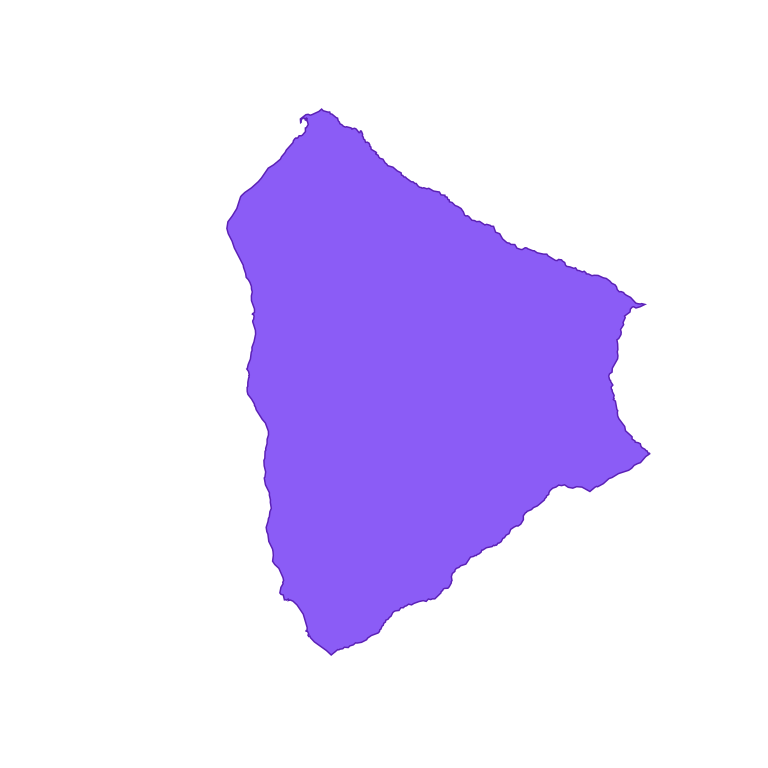 the district of Nossa Senhora Da Conceicao, São Filipe, Cabo Verde, rotated 43°
{"feature_id": "66160863B39753348448887", "entity_name": "Nossa Senhora Da Conceicao", "entity_type": "district", "adm_level": 2, "iso_a3": "CPV", "parent_name": "Cabo Verde", "parent_adm1": "São Filipe", "projection": "albers", "projection_center": [-24.43, 14.881], "detail": "fine", "context": "isolated", "style": "filled", "palette": "violet", "viewbox_px": 768, "rotation_deg": 43, "n_neighbors": 0, "source": "geoboundaries", "source_scale": "gbopen_adm2", "svg_char_len": 6158}
<svg xmlns="http://www.w3.org/2000/svg" viewBox="0 0 768 768"><g transform="rotate(43 384 384)"><path d="M530.2,618.2L531.3,609.8L532.3,609.2L532.6,608.0L534.4,605.7L534.5,603.6L537.6,601.1L537.6,598.9L539.5,595.6L539.7,592.7L540.9,591.9L543.7,588.3L545.7,582.9L545.3,581.1L546.3,576.5L549.5,570.1L549.5,568.2L548.5,566.4L548.9,565.5L547.7,562.4L548.0,561.0L547.0,559.2L547.4,557.1L546.4,555.6L547.4,553.2L547.1,551.1L547.5,549.0L546.3,545.2L546.5,543.5L547.1,542.1L549.4,539.4L548.9,536.2L550.8,534.3L550.7,532.6L551.7,530.9L552.1,528.3L554.8,526.7L555.5,524.1L558.0,519.2L560.4,515.7L563.1,514.2L563.1,511.0L565.2,509.8L565.9,508.1L567.7,506.5L568.1,497.9L567.4,496.9L567.7,495.1L567.2,493.4L567.7,492.2L570.0,489.8L570.0,488.0L568.9,483.6L568.0,482.7L567.8,481.4L564.7,479.0L563.2,476.0L563.6,472.7L562.8,471.6L562.6,469.6L563.9,467.0L564.0,464.7L566.7,459.9L565.3,451.6L567.2,448.9L567.4,447.5L568.5,446.5L568.4,445.2L569.3,443.5L569.7,440.8L568.8,439.0L569.5,438.0L570.6,433.8L574.0,429.1L574.1,427.3L575.2,426.7L575.5,425.6L576.2,425.1L575.9,422.7L576.7,421.7L577.2,419.4L576.2,415.9L576.9,414.3L576.4,411.2L577.5,408.2L575.8,403.9L576.7,399.9L577.7,397.3L578.9,396.5L579.6,393.2L578.5,388.2L575.8,385.4L575.3,381.7L575.7,380.7L575.5,379.6L577.5,375.3L577.6,372.4L579.3,368.6L580.4,359.4L579.8,358.3L579.9,356.1L579.2,355.0L579.8,352.5L578.7,351.0L578.1,348.7L578.4,345.2L580.1,342.0L580.7,338.8L583.2,337.2L584.8,334.6L589.2,333.9L593.1,331.4L594.9,327.7L599.1,324.4L607.9,322.2L608.7,315.5L609.3,313.9L610.3,313.5L612.4,307.2L613.0,299.8L614.6,296.8L616.6,289.6L621.8,280.2L622.6,276.6L622.4,272.9L623.7,269.4L625.2,266.6L624.9,258.6L625.9,253.8L625.4,253.6L624.0,254.4L622.1,253.5L621.2,254.0L619.2,253.8L616.2,254.6L614.4,254.3L612.2,252.9L609.9,253.6L607.4,255.2L606.4,254.5L603.0,255.1L601.4,253.4L592.5,253.5L589.0,250.9L579.5,249.2L576.7,248.0L574.1,245.7L573.0,244.0L571.8,243.9L564.9,238.7L562.4,239.0L562.3,237.8L561.4,237.6L560.1,235.4L556.1,233.8L554.8,232.7L553.9,232.7L552.2,231.3L552.1,228.7L548.3,227.7L547.2,226.9L546.2,227.1L542.9,224.9L542.0,222.7L542.7,219.8L540.2,216.7L537.7,206.3L535.9,203.9L532.6,201.3L531.6,199.4L527.5,195.3L524.2,192.8L524.7,190.7L523.6,186.2L522.1,184.3L519.8,182.8L518.8,177.2L516.9,176.0L515.2,171.0L513.6,170.3L514.8,163.6L513.1,161.1L513.1,158.4L513.9,157.2L516.4,156.6L518.6,152.9L520.5,147.9L517.6,149.5L516.9,150.7L514.8,152.2L512.9,153.1L505.3,152.5L500.7,153.8L498.3,154.1L496.9,153.7L494.4,154.7L493.1,156.1L490.2,155.9L487.8,154.4L485.4,153.9L481.8,155.0L479.0,154.7L474.6,155.2L471.9,156.8L466.5,158.6L463.5,161.2L462.2,163.0L458.7,164.0L456.8,165.5L455.8,164.9L453.5,165.0L452.6,166.8L449.4,167.9L447.9,169.1L444.9,168.4L443.9,170.0L440.4,171.4L437.3,173.4L435.7,173.3L433.3,171.9L430.5,172.4L429.2,172.1L426.7,173.9L426.5,175.6L425.1,176.7L416.7,178.4L414.5,178.0L412.3,180.1L406.5,183.6L403.0,184.1L402.0,185.0L396.8,187.1L395.7,187.1L394.3,188.1L393.4,191.4L392.3,192.3L388.6,194.0L384.6,192.8L381.4,195.5L379.8,195.4L377.6,196.8L371.7,197.0L366.1,195.2L362.1,196.9L356.6,194.0L354.8,195.5L353.6,195.5L350.2,197.2L349.3,198.9L343.0,199.9L340.9,202.2L338.8,202.7L336.6,204.3L331.6,203.7L330.2,204.1L329.3,205.3L327.8,205.6L324.7,204.0L320.7,203.1L316.8,203.9L314.3,205.0L310.1,204.8L307.6,206.1L306.1,204.9L304.8,205.5L302.7,204.3L301.0,205.3L299.8,204.4L296.7,206.8L293.6,205.8L288.6,209.1L283.3,210.3L282.2,212.0L279.3,213.3L278.3,214.8L277.2,214.9L275.8,215.9L273.6,216.0L270.8,215.4L269.8,216.3L267.5,216.3L265.9,217.5L260.2,218.2L258.6,218.0L257.4,219.0L255.5,218.7L254.4,219.3L252.4,217.9L248.5,219.1L242.7,219.3L237.8,221.8L236.0,221.3L234.0,221.5L229.9,220.3L227.1,221.7L225.4,221.6L223.7,220.7L221.3,221.4L220.8,221.0L220.9,220.1L219.9,219.9L214.5,221.1L212.7,219.6L211.6,219.8L210.7,218.9L208.7,218.1L206.9,218.5L205.7,219.9L203.4,218.5L202.1,218.8L200.4,217.6L199.1,217.4L198.0,215.9L195.0,214.5L194.2,215.0L194.8,216.6L194.3,217.2L189.8,216.5L188.7,216.8L187.9,217.2L186.7,219.4L186.0,219.0L184.8,219.4L181.2,221.4L180.6,222.4L178.6,223.2L176.7,223.1L174.2,223.7L172.8,222.9L170.9,222.7L168.7,221.2L167.4,221.8L162.0,222.1L160.4,223.0L158.8,222.1L157.7,223.3L153.2,225.6L150.9,225.5L150.5,229.1L147.5,236.4L146.6,237.8L144.6,238.5L143.2,240.3L142.1,247.2L144.8,249.7L144.9,249.2L143.2,246.9L143.4,244.6L146.0,243.2L146.0,242.4L146.9,242.4L147.5,243.5L146.7,244.4L148.6,244.0L151.6,245.9L152.4,249.4L151.9,250.4L154.4,253.0L154.6,257.7L154.2,258.9L152.6,260.3L153.1,262.8L152.5,263.9L151.8,264.0L151.5,265.4L151.8,267.8L152.8,269.5L153.0,279.5L153.8,282.2L154.1,287.7L154.9,290.2L153.8,299.0L152.1,305.1L153.9,317.0L154.1,321.7L153.3,330.9L151.6,338.8L151.3,343.5L151.5,345.0L156.7,356.1L158.4,364.6L159.2,371.8L163.0,377.4L167.6,380.3L175.6,383.2L181.8,386.6L200.0,393.1L201.6,394.4L207.4,397.5L210.5,400.0L213.5,400.2L216.6,401.1L220.4,403.0L222.3,404.9L224.9,406.5L226.9,410.0L230.3,413.5L238.0,417.4L239.4,418.8L240.5,420.1L239.9,422.2L240.3,422.8L241.2,422.2L242.7,423.0L244.6,425.7L244.7,426.9L245.5,428.0L253.3,432.4L256.1,435.1L260.1,441.7L262.4,447.2L264.7,449.6L265.2,451.2L269.3,456.9L271.4,462.4L273.5,466.0L273.4,466.6L276.4,467.2L279.3,469.2L279.3,470.0L280.7,470.9L280.8,471.8L283.2,475.5L286.1,478.8L286.2,479.8L289.0,482.7L291.5,484.4L297.5,485.4L302.8,487.0L304.0,488.1L305.7,488.5L308.1,490.0L319.1,492.9L323.8,493.4L331.7,497.4L334.3,500.1L336.2,504.1L339.2,507.4L341.4,511.8L342.7,513.1L342.9,514.3L347.5,519.6L348.3,521.8L352.2,525.6L357.4,529.0L360.4,533.3L360.5,534.4L366.1,538.6L374.4,541.7L376.0,543.5L379.9,546.1L381.6,548.1L386.4,551.8L387.7,555.3L390.8,559.5L391.1,561.0L392.9,563.6L395.6,569.2L399.0,571.9L401.5,573.0L407.1,577.7L415.0,580.7L417.2,582.3L420.0,584.9L423.4,589.6L427.2,590.5L432.8,590.5L442.2,594.5L444.6,596.2L445.2,598.1L446.4,598.9L447.3,603.0L450.3,607.8L452.1,608.1L454.2,607.0L458.4,609.8L458.9,609.0L460.0,608.6L460.6,606.6L461.6,606.7L461.8,607.4L462.8,605.9L465.5,604.9L471.1,604.9L481.9,607.4L493.9,614.5L495.6,616.5L495.2,617.4L495.6,617.9L496.7,617.2L497.4,617.3L499.8,618.4L499.6,619.5L501.1,620.0L501.7,619.0L503.3,619.7L509.0,620.1L523.6,618.2L530.2,618.2Z" fill="#8b5cf6" stroke="#5b21b6" stroke-width="1.5"/></g></svg>